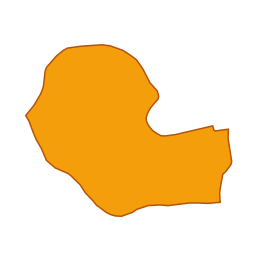 the district of San Antonio Sacatepéquez, San Marcos, Guatemala, rotated 80°
{"feature_id": "79465075B59585261586559", "entity_name": "San Antonio Sacatepéquez", "entity_type": "district", "adm_level": 2, "iso_a3": "GTM", "parent_name": "Guatemala", "parent_adm1": "San Marcos", "projection": "albers", "projection_center": [-91.709, 14.966], "detail": "fine", "context": "isolated", "style": "filled", "palette": "amber", "viewbox_px": 256, "rotation_deg": 80, "n_neighbors": 0, "source": "geoboundaries", "source_scale": "gbopen_adm2", "svg_char_len": 1068}
<svg xmlns="http://www.w3.org/2000/svg" viewBox="0 0 256 256"><g transform="rotate(80 128 128)"><path d="M209.7,133.5L207.9,121.9L209.3,109.9L211.4,102.2L212.5,80.5L214.2,71.0L216.1,62.7L217.2,50.1L212.7,49.7L206.9,48.8L199.1,46.1L193.6,44.0L190.1,42.7L187.3,38.6L181.9,33.0L179.1,31.7L155.0,31.2L150.4,30.1L146.6,29.4L146.1,42.5L145.1,43.7L140.6,44.2L142.7,82.2L142.3,92.6L141.4,96.7L139.5,99.3L137.2,101.8L134.9,104.1L132.9,105.3L129.8,107.0L126.9,108.1L123.6,108.7L121.1,108.3L117.9,106.8L114.5,104.4L111.5,101.6L104.6,93.3L102.4,92.3L99.4,92.4L96.5,92.8L87.1,98.6L72.1,103.2L62.3,107.8L57.8,112.0L54.3,115.6L50.8,119.4L44.0,131.2L41.5,139.3L39.3,160.2L38.8,173.6L40.1,177.8L44.6,185.9L54.0,197.6L57.8,199.8L70.4,203.5L72.8,204.3L75.8,205.9L79.5,208.3L89.3,216.6L93.8,221.8L98.0,226.6L103.6,224.4L117.3,221.8L123.1,220.5L133.1,216.9L145.8,213.9L154.6,206.7L162.6,194.7L165.5,192.2L175.4,185.1L184.4,181.3L193.8,175.0L198.3,172.6L207.3,164.1L210.2,160.2L212.4,155.8L213.8,149.7L211.9,138.5L209.7,133.5Z" fill="#f59e0b" stroke="#b45309" stroke-width="1.5"/></g></svg>